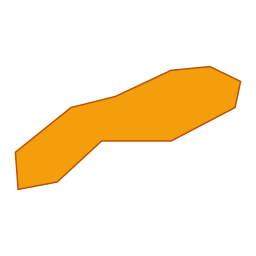 Spanish Wells, Equal Earth projection
{"feature_id": "BHS-5025", "entity_name": "Spanish Wells", "entity_type": "District", "adm_level": 1, "iso_a3": "BHS", "parent_name": "The Bahamas", "parent_adm1": "", "projection": "equal_earth", "projection_center": [-76.84, 25.52], "detail": "fine", "context": "isolated", "style": "filled", "palette": "amber", "viewbox_px": 256, "rotation_deg": 0, "n_neighbors": 0, "source": "natural_earth", "source_scale": "10m", "svg_char_len": 267}
<svg xmlns="http://www.w3.org/2000/svg" viewBox="0 0 256 256"><path d="M171.1,70.3L210.0,66.6L240.6,81.5L235.1,107.5L171.1,141.0L101.6,141.0L57.1,182.0L18.1,189.4L15.4,152.2L71.0,107.5L115.5,96.4L171.1,70.3Z" fill="#f59e0b" stroke="#b45309" stroke-width="1.5"/></svg>